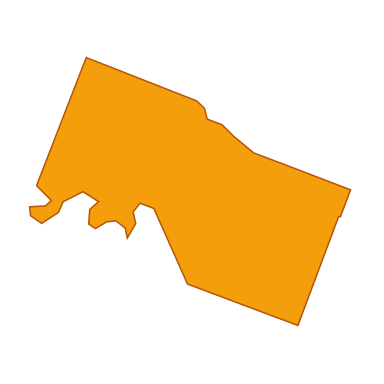 the district of Sharkey, Mississippi, United States of America, rotated 111°
{"feature_id": "52423323B93324902631491", "entity_name": "Sharkey", "entity_type": "district", "adm_level": 2, "iso_a3": "USA", "parent_name": "United States of America", "parent_adm1": "Mississippi", "projection": "robinson", "projection_center": [-90.779, 32.88], "detail": "fine", "context": "isolated", "style": "filled", "palette": "amber", "viewbox_px": 384, "rotation_deg": 111, "n_neighbors": 0, "source": "geoboundaries", "source_scale": "gbopen_adm2", "svg_char_len": 598}
<svg xmlns="http://www.w3.org/2000/svg" viewBox="0 0 384 384"><g transform="rotate(111 192 192)"><path d="M133.2,105.4L133.4,148.4L125.1,173.0L118.5,187.9L118.5,204.0L109.5,210.2L105.3,220.1L104.4,338.9L241.8,339.4L250.4,320.3L257.5,323.8L264.0,338.3L272.0,334.3L275.2,321.1L258.8,309.3L247.2,308.8L230.8,293.9L234.5,275.8L245.0,281.2L258.9,277.0L260.8,269.1L250.6,261.1L246.2,252.9L249.6,241.4L258.2,235.9L241.7,233.2L231.7,239.8L221.1,236.5L221.0,221.8L279.6,163.1L278.7,45.3L253.9,45.5L162.5,46.3L162.0,44.6L133.2,44.7L133.2,105.4Z" fill="#f59e0b" stroke="#b45309" stroke-width="1.5"/></g></svg>